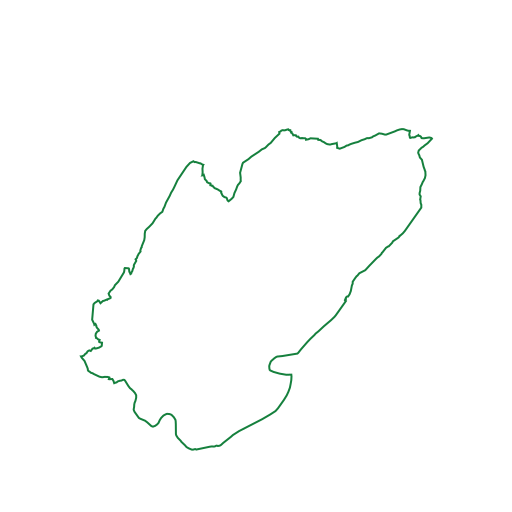 the district of Våler nor, Østfold, Norway, rotated 307°
{"feature_id": "86288312B88858527960319", "entity_name": "Våler nor", "entity_type": "district", "adm_level": 2, "iso_a3": "NOR", "parent_name": "Norway", "parent_adm1": "Østfold", "projection": "robinson", "projection_center": [10.969, 59.464], "detail": "fine", "context": "isolated", "style": "outline", "palette": "green", "viewbox_px": 512, "rotation_deg": 307, "n_neighbors": 0, "source": "geoboundaries", "source_scale": "gbopen_adm2", "svg_char_len": 6026}
<svg xmlns="http://www.w3.org/2000/svg" viewBox="0 0 512 512"><g transform="rotate(307 256 256)"><path d="M69.1,212.6L69.2,212.9L71.3,215.3L70.5,217.3L69.1,219.3L70.4,220.1L71.1,220.7L72.7,221.1L74.5,222.4L75.4,223.4L77.2,224.4L77.8,225.4L77.7,226.3L75.4,232.2L74.9,233.9L74.6,235.0L74.6,236.9L74.4,237.9L74.3,239.3L73.7,241.9L72.7,244.1L70.7,245.6L67.7,246.9L65.7,247.4L64.2,248.1L62.1,249.5L59.9,250.6L59.2,251.4L58.4,252.9L56.2,259.9L56.4,261.5L57.7,266.5L57.7,269.3L57.2,274.8L57.7,276.4L59.7,277.7L62.0,278.4L64.0,278.6L67.0,277.9L69.7,277.7L72.8,278.1L73.8,278.5L76.0,279.6L76.6,280.2L77.8,282.2L78.3,284.1L77.8,287.4L76.7,290.2L75.8,291.2L73.4,293.2L65.6,299.2L65.0,299.9L64.6,300.6L63.7,303.0L63.1,307.1L62.7,308.1L62.1,313.2L61.6,315.5L61.9,318.0L62.7,321.2L63.4,322.2L65.2,323.6L65.5,324.8L75.8,333.8L77.5,335.5L77.9,336.3L78.5,337.1L79.3,337.8L80.7,338.5L81.0,338.9L81.3,339.9L82.7,341.2L84.2,341.8L87.0,342.3L96.5,344.8L99.1,345.3L106.1,347.9L129.3,359.1L137.9,362.7L143.9,364.9L147.6,365.2L157.8,364.9L163.2,364.4L167.0,363.6L171.3,362.3L174.6,360.7L178.1,358.9L181.2,356.8L182.5,355.6L179.4,351.7L176.3,345.7L174.0,339.8L173.2,336.3L173.3,335.5L174.1,334.5L175.8,333.0L176.7,332.5L180.3,331.4L181.5,331.4L185.4,332.2L187.5,332.9L188.5,333.5L191.9,337.2L203.0,347.8L204.1,348.0L208.7,348.1L218.4,348.8L222.7,349.3L228.0,350.2L229.9,350.3L233.4,351.2L240.8,352.5L249.7,354.5L254.6,355.3L256.6,355.4L274.1,354.9L274.1,353.9L274.9,353.9L275.1,353.3L275.9,353.6L276.7,352.9L277.8,352.9L278.6,353.2L279.0,353.9L281.6,353.8L285.1,352.8L290.2,350.3L292.0,349.9L293.7,348.7L298.2,348.5L300.5,348.5L301.2,348.8L304.4,348.9L310.4,351.8L316.7,352.4L326.2,353.6L327.9,353.9L329.6,354.5L333.2,354.9L334.3,354.6L334.9,354.8L340.8,354.9L343.2,355.8L343.6,356.2L348.7,356.8L350.1,356.5L356.5,358.7L358.5,358.8L358.6,358.6L359.6,359.0L362.4,359.6L365.5,359.8L394.1,358.9L396.4,357.2L397.3,355.7L399.5,353.8L399.8,353.4L399.8,353.2L402.8,351.6L403.5,349.7L404.7,348.8L406.9,347.9L410.0,345.8L412.9,345.3L415.6,344.6L416.4,344.6L419.9,344.0L422.5,342.8L425.5,340.3L425.8,339.5L426.3,339.0L428.1,336.2L432.7,330.6L433.3,327.6L434.7,325.8L435.6,324.0L436.2,323.3L438.2,322.5L442.2,323.1L443.9,323.8L445.7,324.1L449.3,325.2L455.6,325.9L455.8,325.2L455.6,324.5L454.9,323.0L451.3,319.5L450.4,318.3L449.8,317.3L450.5,315.9L450.6,315.2L450.3,314.5L450.2,313.9L449.9,313.6L450.2,312.9L449.6,312.8L448.0,311.9L446.4,311.4L446.3,311.1L445.5,310.5L444.9,309.5L443.1,308.1L443.3,307.5L444.6,306.2L444.9,305.5L448.6,303.6L447.8,302.5L447.2,301.1L446.2,297.7L445.2,296.2L443.6,294.7L441.2,293.0L439.1,291.9L431.3,286.9L430.5,285.8L429.4,282.9L428.0,280.5L423.9,278.7L422.1,277.6L420.6,277.2L417.9,275.2L417.6,274.5L416.6,273.5L414.8,272.6L412.0,270.6L408.4,268.8L406.1,266.9L402.9,264.6L401.1,263.5L400.0,263.1L398.7,261.9L396.3,261.0L392.1,258.3L391.2,255.7L392.2,255.1L394.8,252.5L394.5,252.4L390.9,249.1L389.9,248.4L389.4,247.8L388.3,245.7L388.0,244.7L387.8,242.5L387.9,242.2L387.4,240.0L387.3,239.0L387.5,238.0L387.2,237.1L386.7,236.7L386.2,235.7L386.9,234.9L382.8,228.7L380.9,227.7L379.0,226.0L379.6,225.5L379.6,224.4L378.7,223.2L378.2,222.2L377.7,222.0L377.5,221.3L377.1,221.1L376.7,220.5L376.4,219.4L376.6,218.7L376.5,218.3L376.8,217.9L375.9,216.7L376.0,215.8L376.4,215.3L375.9,214.3L374.8,213.2L375.7,211.4L375.8,210.1L376.1,209.9L375.9,209.7L376.2,209.5L376.1,209.4L376.3,208.5L377.1,207.7L376.5,206.9L376.5,206.5L376.3,206.3L376.6,205.6L375.9,204.9L373.7,203.4L373.0,202.5L372.7,201.7L371.5,200.8L370.2,200.6L369.0,199.9L367.8,201.1L361.6,200.0L355.2,199.7L352.6,198.9L348.7,198.4L347.5,198.1L344.7,196.5L340.9,195.5L332.6,192.5L328.8,191.7L322.7,189.5L321.3,189.8L312.9,193.2L309.5,196.5L307.2,198.2L306.7,198.8L304.0,199.0L302.0,198.8L300.3,199.1L297.1,200.1L293.3,200.9L289.5,202.4L286.9,202.1L283.2,201.2L283.2,200.3L283.3,199.8L284.7,197.7L284.7,196.9L284.0,195.3L284.1,194.7L284.0,193.3L284.7,191.7L285.2,191.0L285.5,190.1L286.4,189.7L286.6,189.3L286.3,187.9L286.1,185.0L285.7,184.0L285.7,183.2L285.4,182.7L285.3,181.9L285.6,180.6L285.6,179.9L286.0,179.0L285.4,178.4L285.4,177.6L285.1,177.0L286.1,176.5L286.5,176.0L286.4,175.5L286.0,175.2L285.5,172.7L285.6,172.3L286.2,171.5L286.6,168.9L287.9,167.5L289.4,165.4L288.5,165.0L288.2,164.7L289.2,164.6L289.3,164.4L289.1,164.0L290.6,163.1L293.5,160.7L296.7,159.0L297.1,159.0L296.7,157.7L296.6,155.9L296.3,155.6L294.8,151.3L294.0,150.4L294.0,149.0L290.6,147.3L285.3,146.8L269.2,147.7L261.7,149.3L258.9,149.8L255.5,150.1L252.1,150.9L244.5,152.0L240.2,153.3L238.0,153.6L234.9,154.6L232.4,153.8L229.0,153.3L226.5,153.4L225.4,153.2L219.9,153.7L214.9,153.1L211.8,152.5L209.4,152.4L206.9,153.7L204.0,155.8L201.4,157.2L195.0,158.9L194.1,159.5L193.3,159.4L190.8,160.3L190.1,161.1L187.0,161.0L185.1,161.4L184.4,161.4L183.1,162.0L182.4,162.1L180.9,161.8L180.4,162.8L180.0,163.3L175.8,163.8L174.9,164.1L174.0,164.9L173.2,165.1L172.9,165.3L171.8,165.4L169.1,166.4L167.5,166.3L166.9,166.9L166.0,166.6L166.8,165.3L167.2,164.3L169.3,162.3L169.5,161.7L167.5,158.5L166.9,158.5L164.8,159.8L163.4,160.4L152.6,161.5L147.8,160.9L145.7,161.4L142.8,161.3L140.8,160.7L137.3,160.9L136.1,162.7L135.8,164.5L135.1,165.1L134.2,164.8L132.5,163.7L131.5,163.5L131.5,163.1L129.0,161.7L127.9,160.8L124.7,160.2L125.6,157.7L125.7,157.2L125.3,156.4L124.6,156.6L121.4,155.4L119.6,155.3L106.5,163.5L104.4,167.6L103.8,168.3L105.1,168.7L104.2,170.5L103.5,171.0L102.9,172.5L102.5,174.7L101.9,175.5L99.9,174.7L97.6,174.8L95.9,175.7L95.1,176.6L94.8,177.2L94.3,177.5L94.6,178.6L94.4,180.0L94.9,181.6L93.4,182.1L93.0,182.5L93.2,183.5L94.1,185.2L91.7,186.7L91.0,186.9L88.4,185.8L86.2,184.2L85.3,183.3L85.2,183.0L85.4,182.7L85.5,182.2L84.6,182.0L83.7,181.2L80.7,181.2L80.3,179.7L79.7,179.4L78.5,178.9L76.2,179.1L75.6,178.7L74.6,178.5L73.0,178.5L71.0,177.3L70.5,176.7L69.9,178.0L69.0,182.2L65.6,188.1L64.7,189.5L63.7,190.4L63.3,191.4L63.5,192.8L63.4,194.5L64.1,196.2L64.0,196.9L65.4,203.6L66.3,205.6L66.9,206.5L68.4,207.9L70.1,210.3L70.7,211.7L70.8,212.0L70.6,212.3L69.1,212.6Z" fill="none" stroke="#15803d" stroke-width="2"/></g></svg>